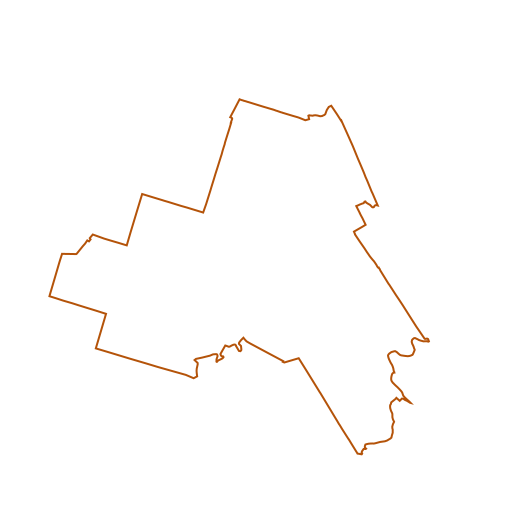 Gurbanesti, Calarasi, Romania, rotated 105°
{"feature_id": "2599482B46558344458581", "entity_name": "Gurbanesti", "entity_type": "district", "adm_level": 2, "iso_a3": "ROU", "parent_name": "Romania", "parent_adm1": "Calarasi", "projection": "orthographic", "projection_center": [26.694, 44.368], "detail": "fine", "context": "isolated", "style": "outline", "palette": "amber", "viewbox_px": 512, "rotation_deg": 105, "n_neighbors": 0, "source": "geoboundaries", "source_scale": "gbopen_adm2", "svg_char_len": 5285}
<svg xmlns="http://www.w3.org/2000/svg" viewBox="0 0 512 512"><g transform="rotate(105 256 256)"><path d="M348.3,445.1L348.6,437.9L349.0,430.6L349.2,421.3L349.5,415.1L349.8,407.5L350.2,396.7L350.7,385.9L386.7,386.8L387.1,372.8L387.8,351.3L388.2,334.8L388.6,322.2L388.7,315.9L388.9,300.3L389.0,293.0L390.2,284.6L387.5,281.7L384.3,283.0L382.3,283.7L380.1,284.1L377.6,284.2L375.6,284.3L374.4,284.7L372.4,288.4L370.9,287.3L368.0,281.6L366.0,278.0L364.2,274.7L362.3,272.3L362.0,271.7L361.1,269.1L361.1,268.6L361.2,268.1L361.5,267.9L362.2,267.4L362.8,267.2L364.3,267.3L365.6,267.4L366.6,267.3L367.5,267.0L368.2,266.9L368.4,266.7L368.4,266.4L368.1,266.2L366.8,265.6L364.7,263.1L363.7,262.0L362.9,261.5L362.1,261.2L361.5,261.7L361.7,263.2L361.1,264.2L360.2,264.7L359.9,265.0L350.4,262.5L350.4,262.1L350.6,259.9L350.7,258.8L350.3,257.9L348.8,256.4L347.6,254.9L347.1,253.9L347.0,253.2L347.3,252.6L347.6,252.2L348.1,252.0L352.1,247.9L352.0,246.5L351.0,245.9L349.9,246.0L346.8,247.2L345.3,249.7L344.9,249.8L344.3,249.9L343.5,249.7L341.0,248.6L338.2,247.0L339.4,245.4L340.6,243.5L340.7,243.4L340.9,242.9L341.0,242.7L342.0,239.0L346.8,218.5L350.5,202.5L351.3,202.7L351.5,201.4L351.5,201.0L351.3,200.7L343.7,188.3L353.2,178.1L371.2,159.0L371.6,158.5L376.6,153.3L381.7,148.0L390.1,139.3L394.6,134.6L396.8,132.4L397.7,131.3L400.7,128.2L406.3,122.1L409.1,119.0L409.1,118.9L411.9,116.0L418.6,108.9L419.7,107.7L420.6,106.8L420.5,106.3L420.2,102.6L419.8,102.4L419.3,102.3L418.5,103.1L417.3,103.1L414.8,102.2L414.5,102.1L414.3,101.6L414.1,101.4L414.1,101.1L414.2,100.6L414.0,100.1L413.6,99.8L413.0,100.9L412.6,101.3L411.7,101.6L410.7,101.6L409.8,101.5L409.2,100.6L408.2,98.7L407.6,97.1L407.3,96.1L407.0,95.2L406.7,93.7L405.9,92.1L403.5,88.0L401.6,83.5L400.3,81.6L397.5,78.9L396.4,78.2L393.9,78.3L391.4,78.2L388.3,79.0L387.1,79.7L385.6,80.2L383.0,80.2L380.4,79.7L378.3,81.5L376.5,82.5L373.3,83.4L372.6,83.8L370.5,85.6L368.2,87.0L366.8,87.5L365.4,87.8L364.0,87.4L362.4,87.5L357.9,84.2L356.7,83.7L358.7,79.7L355.9,78.1L355.8,76.7L356.5,74.8L356.8,72.7L357.5,70.4L357.9,69.2L357.9,68.6L356.9,70.3L355.5,73.1L354.1,75.7L352.8,77.6L350.0,79.5L349.5,80.1L349.0,80.7L347.7,82.7L346.1,85.4L345.4,86.8L344.7,88.1L343.8,89.7L343.4,90.2L343.1,91.0L342.6,91.5L342.0,92.3L341.0,93.1L340.4,93.4L339.4,93.7L338.3,93.9L337.1,94.0L335.4,94.0L334.6,93.9L334.3,93.8L333.8,93.5L333.3,93.2L333.2,93.0L332.7,92.3L332.7,92.2L332.4,92.3L331.9,92.9L330.1,93.8L329.0,94.3L327.3,95.4L325.8,96.6L325.2,97.3L323.9,98.6L322.7,99.6L321.4,100.7L320.0,101.7L318.1,102.7L317.5,102.7L317.0,102.6L315.9,102.1L314.9,101.3L313.8,100.4L312.3,97.9L311.9,97.0L312.3,95.3L313.5,93.0L314.2,91.5L314.4,90.1L314.0,86.6L313.5,83.4L312.7,81.6L312.0,80.5L311.5,80.0L311.0,79.3L310.1,79.0L308.0,78.7L305.6,78.4L305.0,78.8L304.1,79.5L302.8,80.3L301.9,81.0L301.3,81.5L300.6,82.2L299.3,83.0L298.6,83.4L298.3,83.4L297.5,83.5L296.6,83.5L295.5,82.9L294.4,82.0L294.1,81.1L294.6,78.3L295.0,76.8L295.1,75.1L295.1,73.7L295.1,72.2L294.2,69.3L294.1,67.3L293.7,66.9L291.7,68.3L291.5,69.4L292.2,70.9L292.3,71.7L282.6,83.0L277.2,88.9L265.6,101.5L260.8,106.9L257.6,110.6L249.2,119.9L248.7,120.6L247.6,121.8L242.6,127.1L241.1,128.7L237.8,132.2L236.6,133.1L236.3,133.5L235.8,134.5L235.4,134.5L235.4,135.4L234.4,136.5L233.4,137.4L230.6,140.6L229.5,142.3L228.3,144.0L226.9,145.9L225.0,148.1L223.5,149.9L220.6,153.1L215.2,159.5L209.6,165.9L209.4,165.9L207.1,167.7L204.1,164.7L200.6,161.2L197.5,158.2L192.0,162.9L189.7,165.1L187.8,166.8L187.7,166.8L181.8,172.1L181.6,171.9L181.3,171.3L179.3,168.9L177.9,167.0L177.1,165.7L175.4,165.2L175.0,164.4L175.8,163.6L176.4,161.8L177.1,159.1L178.2,157.3L178.7,156.5L178.8,155.9L178.6,155.3L178.2,154.8L177.2,154.6L176.1,153.9L175.7,152.7L175.7,151.5L165.4,159.6L163.8,161.0L155.1,167.6L152.1,170.0L151.8,170.3L147.4,173.5L140.6,178.8L135.8,182.6L125.1,190.7L122.6,192.7L121.4,193.7L119.4,195.3L117.3,197.0L112.4,201.0L108.6,204.1L103.2,208.5L103.5,208.6L99.0,213.5L98.0,214.6L91.4,222.2L93.2,224.3L96.7,225.4L101.1,225.8L102.1,226.5L102.9,227.5L103.7,228.4L104.4,230.2L104.4,232.8L104.6,234.7L105.1,236.4L105.8,237.5L106.2,239.9L106.3,241.0L106.9,241.7L110.1,240.1L112.1,243.5L111.3,250.1L111.2,251.6L111.1,256.9L110.8,266.3L110.8,267.1L110.7,267.9L110.7,269.2L110.4,273.2L110.4,274.2L110.2,276.1L110.1,279.5L109.9,287.4L109.7,292.8L109.3,303.0L109.3,304.2L109.2,305.9L109.2,308.4L109.1,308.8L109.1,310.3L109.1,310.5L108.9,312.4L111.2,312.9L113.4,313.4L120.2,314.9L125.0,316.0L128.6,316.8L128.8,315.5L129.0,315.0L129.1,314.8L129.4,314.6L129.6,314.6L129.8,314.5L133.3,314.8L133.9,314.8L133.9,314.5L140.5,314.7L147.1,315.0L154.4,315.3L156.4,315.2L157.9,315.3L162.7,315.5L166.9,315.5L168.5,315.6L180.6,316.1L186.8,316.4L193.0,316.6L200.6,316.9L204.5,317.0L218.8,317.6L226.6,318.2L227.7,318.3L227.6,320.4L227.3,329.2L227.1,334.7L227.0,341.4L226.8,346.7L226.6,351.9L226.5,354.3L226.4,358.9L226.3,360.9L226.2,364.1L226.0,370.4L225.6,382.0L243.5,382.6L253.1,382.9L265.6,383.3L270.4,383.4L279.2,383.6L278.9,392.3L278.7,400.9L278.5,407.2L278.0,413.1L277.5,419.2L281.8,421.2L282.8,420.1L285.1,421.1L284.6,423.0L288.3,424.3L291.3,425.8L295.8,427.8L300.3,429.8L300.7,430.2L301.7,434.3L303.7,442.2L304.1,443.9L306.7,444.0L310.6,444.2L313.4,444.3L330.8,444.7L346.8,445.1L348.0,445.1L348.3,445.1Z" fill="none" stroke="#b45309" stroke-width="2"/></g></svg>